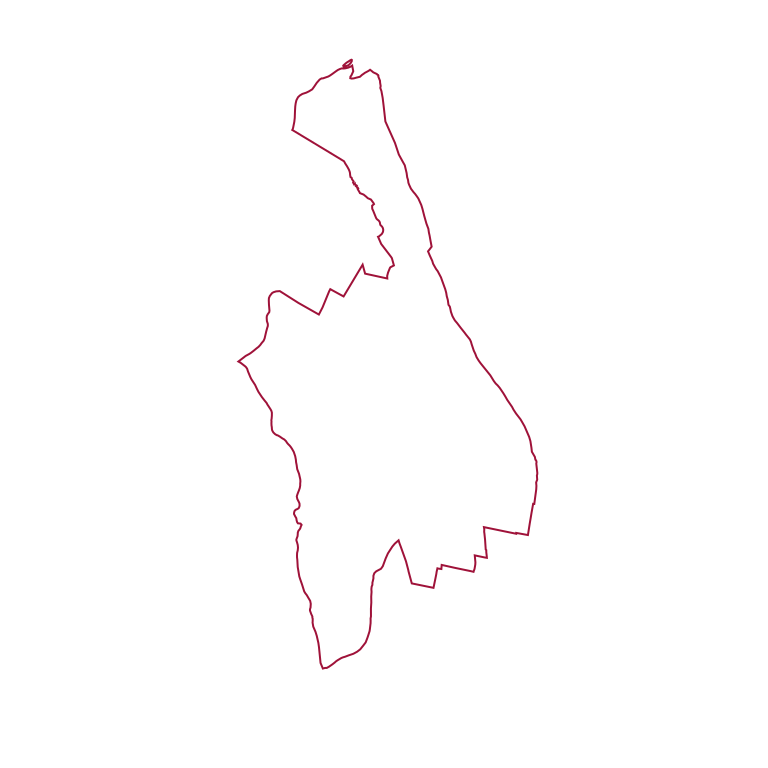 General Paz, Corrientes, Argentina (Natural Earth projection), rotated 293°
{"feature_id": "61730980B94998770553919", "entity_name": "General Paz", "entity_type": "district", "adm_level": 2, "iso_a3": "ARG", "parent_name": "Argentina", "parent_adm1": "Corrientes", "projection": "natural_earth1", "projection_center": [-57.724, -27.709], "detail": "fine", "context": "isolated", "style": "outline", "palette": "rose", "viewbox_px": 768, "rotation_deg": 293, "n_neighbors": 0, "source": "geoboundaries", "source_scale": "gbopen_adm2", "svg_char_len": 6165}
<svg xmlns="http://www.w3.org/2000/svg" viewBox="0 0 768 768"><g transform="rotate(293 384 384)"><path d="M375.8,551.4L379.4,546.6L382.8,544.7L388.6,541.1L392.0,538.3L399.9,530.0L402.8,526.2L404.8,523.5L408.4,517.1L411.0,513.2L412.9,510.9L415.4,507.0L417.5,503.7L419.8,500.7L422.1,497.5L425.6,492.1L427.1,489.2L428.1,486.6L429.6,484.0L433.5,478.5L440.9,464.7L442.6,461.9L444.9,458.7L447.5,456.2L449.8,453.6L454.9,449.1L456.9,447.5L458.6,445.6L461.5,440.2L462.8,438.0L465.5,433.0L468.7,427.4L470.2,424.4L472.0,422.0L473.3,420.4L476.6,417.4L479.1,415.7L481.0,414.3L482.1,412.4L486.3,409.9L489.3,407.5L492.3,405.6L495.1,403.4L503.4,395.7L504.3,394.9L508.8,389.4L510.2,387.0L512.1,384.5L513.9,382.2L516.2,380.3L518.1,378.2L520.4,375.7L523.3,372.7L529.0,374.2L534.7,370.4L538.4,368.0L540.9,366.2L544.2,364.2L548.2,360.4L554.4,355.4L560.2,351.0L563.3,348.4L568.2,343.1L569.6,340.9L571.1,338.4L572.2,336.1L574.3,332.5L577.3,329.2L578.8,327.8L581.2,326.4L583.3,324.6L587.0,322.4L593.4,317.7L596.5,313.7L601.0,308.0L610.2,299.9L626.2,282.7L640.2,274.8L646.8,271.0L652.6,267.2L655.1,264.9L657.0,264.5L659.8,262.7L661.6,261.8L664.7,258.7L665.6,258.4L666.1,257.9L666.1,257.1L666.5,256.4L666.6,255.5L666.6,254.7L666.7,252.3L667.3,250.4L667.8,248.4L666.3,247.5L662.8,244.7L661.7,244.1L660.0,243.0L657.4,241.8L655.0,238.6L653.6,236.9L652.5,234.9L652.3,233.5L653.9,233.0L655.3,233.4L659.9,233.5L664.7,230.3L663.0,229.2L661.2,227.4L659.5,225.1L658.6,223.5L658.0,221.8L656.8,220.4L655.0,218.8L653.1,217.6L649.1,215.2L646.9,213.8L645.3,212.6L641.4,208.3L640.9,207.1L639.1,205.8L634.9,204.4L630.7,203.6L627.2,202.8L624.1,200.6L621.8,198.6L619.1,195.5L616.7,193.8L614.4,192.8L611.0,192.5L608.0,193.0L605.0,193.8L600.8,195.3L594.0,197.9L590.3,199.0L584.5,200.2L582.9,200.4L582.0,200.3L575.4,246.5L573.4,260.2L571.8,262.2L569.9,265.0L567.7,267.8L566.2,269.3L565.0,270.2L563.1,271.2L561.4,272.3L561.2,273.6L559.9,274.6L558.6,276.9L557.4,276.8L556.1,278.5L557.1,278.9L556.4,279.4L556.0,281.3L555.1,281.0L554.6,282.9L554.1,282.8L553.8,283.9L553.0,283.8L551.0,286.5L550.3,287.3L550.4,291.2L549.5,294.3L548.7,296.5L548.7,298.2L548.7,299.9L546.5,303.6L545.7,304.5L543.5,303.4L541.1,304.5L540.4,305.0L539.4,306.2L533.8,311.8L533.2,312.6L532.8,313.5L532.6,314.4L532.4,315.1L531.8,316.3L530.9,317.2L529.9,317.8L529.0,318.5L528.1,320.7L527.3,321.8L526.1,322.8L524.9,323.3L523.7,323.6L522.3,323.5L521.4,323.4L520.3,322.9L517.7,321.6L517.2,321.0L511.8,326.7L503.6,341.1L502.9,342.1L497.0,346.8L494.0,344.3L493.2,344.1L488.1,344.2L484.7,344.7L482.4,345.8L478.2,323.5L485.5,317.7L448.8,312.6L450.3,297.5L447.9,297.3L446.8,297.3L430.5,297.5L422.5,296.9L425.2,273.5L428.8,251.8L427.1,248.5L425.3,246.4L423.9,245.4L420.5,244.5L418.1,244.5L415.9,245.3L411.9,247.2L406.8,249.9L405.3,250.3L402.8,249.7L400.8,249.6L399.2,250.1L396.2,251.6L394.0,253.5L393.0,254.0L391.9,254.4L389.7,254.6L386.1,255.1L379.3,256.3L376.8,256.3L373.6,255.3L371.7,254.9L369.2,254.0L366.9,252.7L363.6,251.0L360.6,249.3L359.2,248.4L355.8,245.7L347.8,241.2L347.5,243.7L347.1,245.3L346.7,246.8L346.0,249.4L345.6,250.4L344.6,252.0L342.4,253.9L338.1,258.3L336.5,260.2L332.8,265.7L329.9,268.9L327.7,271.5L324.2,276.8L322.2,280.4L321.1,282.5L320.5,283.6L319.6,284.6L318.7,286.0L316.4,289.4L315.3,290.8L313.8,292.0L310.9,293.2L308.2,294.1L306.8,294.4L305.5,295.1L303.9,295.7L302.0,296.6L300.4,297.6L298.6,298.5L297.6,299.2L296.2,301.0L295.3,303.3L295.0,305.3L295.2,306.0L294.9,308.6L294.2,311.8L294.0,313.8L293.1,316.1L292.0,317.7L291.1,319.5L290.5,321.1L289.6,322.8L288.5,324.5L286.2,327.5L282.8,330.5L279.8,332.5L277.7,333.6L275.2,335.3L273.5,336.3L272.7,336.8L271.7,337.4L268.1,340.9L263.5,344.2L261.7,345.1L259.5,345.8L257.9,346.5L255.4,347.1L252.3,347.3L250.9,347.3L248.7,347.4L247.5,347.5L246.3,347.7L244.2,349.2L241.8,352.1L240.8,353.0L239.1,353.8L238.2,354.0L236.5,354.0L235.4,353.4L234.0,352.1L233.4,351.7L232.3,351.3L231.0,351.4L229.8,351.7L229.0,352.1L228.1,353.3L227.6,353.8L226.8,354.9L226.2,355.7L224.4,356.8L223.0,357.9L222.1,359.2L222.9,361.7L222.1,363.2L220.6,363.1L218.7,363.3L217.5,363.2L215.5,362.6L213.6,362.7L212.0,363.3L210.1,363.9L207.9,364.0L206.6,364.1L205.6,364.6L204.4,365.7L202.1,367.5L199.7,368.8L197.1,369.6L194.6,370.0L192.2,370.9L190.4,371.7L188.3,372.9L181.8,376.1L173.8,381.2L171.6,383.1L167.3,387.0L161.9,391.6L160.6,393.4L159.5,395.4L157.4,398.2L155.5,400.8L153.0,402.5L149.6,403.7L147.7,403.9L146.5,404.4L145.0,405.8L143.8,406.9L142.0,408.9L140.8,409.4L140.2,410.0L139.1,410.5L137.6,411.1L136.4,411.5L135.5,412.1L133.0,413.7L129.2,417.7L125.9,420.5L120.1,424.7L116.3,427.0L102.4,434.6L98.2,438.9L99.6,440.7L100.3,442.3L100.5,442.4L102.1,443.7L104.3,445.1L105.9,446.1L108.6,447.6L109.6,448.0L111.4,449.1L115.1,451.8L116.4,453.1L117.7,454.7L120.4,457.5L123.7,461.2L127.1,463.9L130.5,465.8L135.1,467.1L139.0,468.1L144.1,467.9L146.6,467.7L150.8,467.3L152.4,466.9L158.6,465.1L161.1,464.1L162.8,463.3L165.0,462.8L172.2,459.7L177.9,457.7L183.3,455.3L187.7,453.8L190.3,452.5L192.7,451.8L194.5,451.8L196.8,450.9L197.7,450.8L201.0,450.2L203.3,449.2L206.0,449.0L208.5,450.0L212.7,453.4L215.8,454.1L224.1,453.7L229.6,453.8L237.6,455.2L241.2,456.3L242.7,457.0L245.8,458.5L243.4,460.5L240.9,462.9L229.4,473.5L222.3,479.0L221.1,479.8L211.3,487.5L215.7,509.2L225.2,507.3L229.5,506.4L231.8,505.8L235.2,505.2L235.3,506.1L236.1,509.1L240.0,507.8L242.5,521.3L245.6,536.8L246.1,539.8L246.9,539.7L249.1,539.6L253.4,538.6L255.6,537.8L261.7,534.5L263.7,544.6L264.2,546.6L266.1,545.6L268.9,544.0L271.1,543.0L271.4,542.3L280.1,537.9L285.7,534.8L287.0,534.0L289.6,533.0L291.3,531.9L297.8,564.2L298.6,563.9L301.2,575.5L312.4,572.7L318.7,571.2L323.2,570.1L332.0,568.1L332.3,569.2L346.5,565.3L349.8,564.1L351.5,563.2L352.9,562.5L355.8,562.4L359.5,560.5L360.9,560.3L362.0,559.9L370.2,555.3L371.8,554.9L373.1,553.9L373.3,553.2L373.8,552.7L375.8,551.4ZM669.8,227.5L669.7,227.4L669.7,227.2L668.6,226.3L667.3,225.5L665.5,224.2L663.7,223.2L663.3,223.1L661.8,222.3L661.1,222.1L660.4,222.7L660.4,223.4L661.3,224.2L661.6,224.2L661.6,224.7L662.8,225.9L663.3,226.6L664.1,227.0L665.5,227.6L665.8,227.6L666.6,228.0L667.8,228.1L668.4,228.2L669.0,227.9L669.5,227.9L669.8,227.7L669.8,227.5Z" fill="none" stroke="#9f1239" stroke-width="2"/></g></svg>